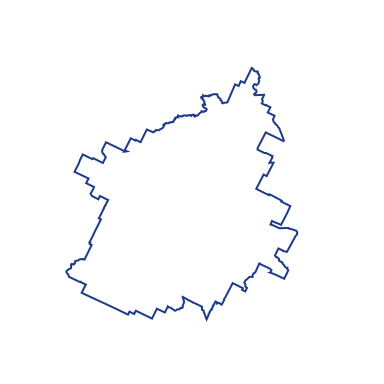 Blackall Tambo, Queensland, Australia (Robinson projection), rotated 290°
{"feature_id": "25037944B98295779161883", "entity_name": "Blackall Tambo", "entity_type": "district", "adm_level": 2, "iso_a3": "AUS", "parent_name": "Australia", "parent_adm1": "Queensland", "projection": "robinson", "projection_center": [145.993, -24.783], "detail": "fine", "context": "isolated", "style": "outline", "palette": "blue", "viewbox_px": 384, "rotation_deg": 290, "n_neighbors": 0, "source": "geoboundaries", "source_scale": "gbopen_adm2", "svg_char_len": 6003}
<svg xmlns="http://www.w3.org/2000/svg" viewBox="0 0 384 384"><g transform="rotate(290 192 192)"><path d="M74.0,101.2L72.9,102.3L72.0,104.1L70.1,105.5L70.1,106.7L69.1,117.0L69.6,118.0L69.2,118.2L68.7,124.0L67.8,123.9L67.7,123.7L59.5,122.8L56.6,157.0L54.9,173.8L58.2,174.2L57.6,179.4L61.2,179.8L59.4,197.7L70.3,198.9L69.5,207.7L76.2,208.4L75.5,209.3L76.0,210.6L75.9,211.8L74.6,216.3L74.8,217.0L76.4,218.1L77.7,220.5L78.8,220.6L79.2,221.0L79.3,221.7L80.2,222.8L80.8,222.7L81.7,222.1L84.7,222.3L86.6,222.0L87.1,221.3L88.2,220.7L89.1,219.9L89.7,219.6L90.0,219.1L90.3,219.1L89.2,225.7L88.8,229.6L88.6,229.7L88.5,230.3L88.4,232.4L88.4,233.4L87.6,240.6L86.6,240.8L86.4,241.1L85.2,241.4L84.6,241.9L84.6,243.5L83.6,243.9L77.3,249.3L78.4,249.4L78.4,249.2L78.6,249.1L80.0,249.5L83.0,249.6L83.2,249.4L83.8,249.7L84.8,249.8L85.1,249.6L85.4,249.8L87.1,249.9L88.1,250.8L88.6,250.7L88.8,250.4L89.1,250.6L90.7,250.8L91.0,250.6L92.2,250.9L92.5,250.6L92.9,251.0L94.1,251.0L94.3,251.2L97.2,251.5L97.2,252.5L96.9,252.9L95.7,253.6L97.0,254.9L97.0,255.9L96.6,256.9L96.6,257.4L96.3,258.4L101.0,259.1L101.9,259.0L102.5,258.7L103.5,259.2L120.3,261.4L119.0,272.8L117.1,272.6L116.8,276.0L120.7,276.5L121.6,274.3L123.7,273.7L124.7,272.1L127.6,272.6L128.1,273.1L131.9,275.1L133.0,278.0L134.9,277.4L136.6,277.6L137.3,278.5L137.9,278.6L138.5,279.0L147.9,279.7L147.8,280.6L147.6,280.8L146.7,291.0L145.6,293.5L143.5,293.3L143.0,292.7L142.9,298.9L142.0,308.3L151.4,309.3L152.2,307.9L153.2,307.6L153.0,307.4L152.9,306.6L153.1,306.2L153.5,305.7L153.6,304.7L154.9,303.4L155.6,301.6L156.6,301.2L156.6,300.5L156.9,300.0L156.8,299.4L157.0,297.8L157.8,297.3L157.7,296.9L157.9,296.7L158.7,296.6L159.2,296.2L159.7,294.2L159.9,293.9L159.7,293.0L159.9,292.6L160.6,292.0L160.7,291.7L168.5,292.5L168.1,296.9L167.8,297.4L168.0,297.7L167.8,299.6L168.1,300.5L168.2,301.7L186.2,304.4L187.3,305.0L188.9,305.2L190.8,304.0L191.3,302.8L191.2,299.1L190.8,295.2L191.2,294.9L187.8,286.4L188.2,282.6L188.5,278.5L188.2,277.0L192.1,277.0L191.8,281.2L191.8,284.6L191.5,286.9L204.6,288.6L212.4,289.2L213.5,279.2L214.5,279.3L216.1,268.3L216.1,266.9L216.4,265.4L215.3,265.3L216.9,251.3L232.9,253.3L232.5,256.7L247.4,258.6L246.5,255.7L245.9,254.9L252.2,255.7L252.4,255.3L253.2,255.4L254.0,248.1L253.4,247.1L254.2,239.2L255.3,238.6L273.2,240.9L271.0,261.4L271.2,261.0L271.6,260.9L277.2,256.2L282.0,251.9L282.1,251.3L282.6,250.4L283.4,249.7L284.5,247.5L284.4,247.2L284.7,247.1L285.8,244.8L287.7,243.3L291.9,243.5L292.6,236.0L298.4,236.7L298.9,232.3L298.8,232.0L299.1,231.9L298.6,231.1L299.1,227.3L301.5,227.5L303.3,226.0L307.5,226.6L308.0,226.5L304.4,217.8L304.7,217.6L305.0,217.0L305.5,216.9L306.1,217.1L307.3,218.3L308.4,218.4L309.8,217.3L310.0,217.0L309.8,216.1L309.9,215.6L310.4,215.0L310.7,214.2L312.0,213.3L312.4,213.2L314.5,213.7L314.8,214.0L314.9,214.9L314.5,215.9L315.0,216.0L315.7,216.9L317.1,217.3L319.7,217.1L321.3,215.8L321.9,215.8L322.5,216.6L323.0,216.5L324.7,215.2L325.6,214.2L325.7,213.5L326.4,213.0L326.8,213.1L327.2,213.0L327.7,212.1L327.1,211.0L327.0,209.1L327.3,208.4L327.8,208.4L328.9,206.4L329.0,205.7L312.5,204.0L312.8,199.9L307.6,199.6L307.9,195.7L288.3,194.6L287.2,192.6L286.8,191.5L286.3,191.3L285.9,190.8L286.1,189.5L287.4,189.0L287.8,188.3L288.0,187.4L289.0,187.2L289.4,186.4L289.4,185.8L289.6,185.2L290.1,184.8L290.2,183.9L291.0,183.3L291.4,182.8L292.0,182.7L292.4,182.5L292.2,181.0L291.8,180.5L291.4,178.9L290.4,177.9L290.0,177.2L289.3,176.9L289.3,176.2L289.1,176.1L288.9,175.6L288.6,175.7L288.1,175.7L287.9,175.5L288.1,175.1L287.7,175.1L287.4,174.7L287.3,174.3L287.5,173.3L287.2,172.7L287.1,172.0L287.0,171.6L286.4,171.3L286.4,170.8L286.5,170.7L286.4,170.1L286.6,169.4L286.3,169.5L286.3,170.0L285.8,170.0L285.5,169.6L284.7,169.1L284.8,168.5L284.5,168.2L283.9,168.3L283.5,168.6L283.5,169.1L283.1,170.3L282.6,170.4L282.7,170.9L282.1,171.3L282.0,171.7L281.1,172.8L279.6,173.0L279.0,174.3L278.5,174.6L277.6,172.3L276.3,173.0L275.5,174.2L275.2,176.7L274.9,177.4L274.3,177.6L273.2,177.5L272.6,176.8L272.5,176.2L271.4,175.9L271.1,175.0L271.4,173.9L271.3,173.4L271.1,173.2L270.1,173.3L269.5,173.0L268.6,172.1L267.2,171.8L266.1,171.3L265.4,170.6L265.5,170.1L265.4,169.9L264.6,169.5L263.8,168.8L264.1,168.2L264.5,168.1L264.8,167.6L265.2,167.6L265.1,166.6L264.4,165.9L264.3,165.6L264.0,165.6L263.9,165.3L263.5,165.3L263.7,164.7L263.2,164.1L263.2,163.8L263.5,163.6L263.2,162.7L262.4,161.9L261.6,160.6L261.7,160.1L261.9,160.0L261.0,157.8L260.5,157.4L260.2,157.5L259.8,157.3L259.6,157.0L259.4,156.1L259.4,155.5L259.2,155.2L259.0,153.8L259.1,152.7L258.0,152.8L257.7,153.1L257.7,152.6L257.0,152.2L256.5,152.1L256.4,151.3L255.4,150.6L254.6,151.2L253.6,150.8L253.2,150.4L253.0,150.6L251.7,150.5L251.7,150.2L251.0,149.8L250.9,149.4L250.4,148.7L250.4,148.2L250.0,147.8L249.7,147.1L249.0,147.0L248.8,146.8L248.8,146.2L248.4,145.9L248.0,145.2L248.0,144.2L247.8,143.8L246.9,143.5L246.8,143.2L246.6,143.1L245.8,143.1L245.9,142.9L245.6,142.8L245.7,142.4L245.4,142.1L244.0,143.0L243.2,142.9L242.3,142.6L240.9,141.6L239.6,140.2L238.8,139.9L237.7,136.7L237.3,136.5L236.3,136.5L236.0,136.3L235.7,135.7L234.9,135.2L234.7,134.8L235.1,133.4L234.9,133.1L235.3,128.2L221.2,126.6L221.8,121.4L221.0,121.3L221.5,116.1L208.2,114.5L208.0,117.0L206.6,114.3L207.3,114.4L209.3,94.2L200.4,93.2L198.2,94.5L197.4,95.6L197.1,96.6L196.5,97.1L195.2,99.1L188.8,98.3L190.0,87.6L188.8,87.2L189.9,76.5L183.5,75.8L180.6,75.9L170.8,74.7L169.3,90.2L164.1,89.5L163.2,98.3L159.9,98.0L155.8,97.3L154.1,99.2L153.1,106.5L156.8,106.9L155.8,115.9L149.2,115.1L149.2,114.9L146.1,114.6L146.1,114.8L135.4,113.5L135.1,115.8L121.8,114.2L115.5,113.7L109.4,112.8L109.3,114.0L108.0,113.9L107.8,115.8L91.8,114.1L91.9,113.8L91.7,112.3L91.3,112.3L91.2,111.2L90.8,110.6L90.6,109.8L89.8,109.0L89.0,108.7L88.6,108.4L88.3,108.0L88.1,107.1L87.2,106.1L87.1,106.3L85.3,106.0L84.9,106.3L83.3,105.6L83.5,104.6L83.2,104.4L83.2,103.4L82.8,103.2L81.7,103.3L80.9,103.8L79.5,104.3L79.0,104.3L78.5,104.0L78.0,103.2L77.5,102.7L76.5,102.1L76.1,102.0L75.2,101.3L74.0,101.2Z" fill="none" stroke="#1e3a8a" stroke-width="2"/></g></svg>